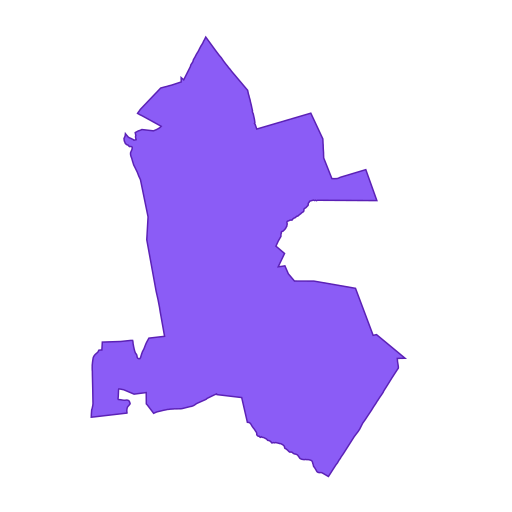 Ndaragwa, Central, Kenya, rotated 4°
{"feature_id": "3690345B3969033763932", "entity_name": "Ndaragwa", "entity_type": "district", "adm_level": 2, "iso_a3": "KEN", "parent_name": "Kenya", "parent_adm1": "Central", "projection": "mercator", "projection_center": [36.499, -0.079], "detail": "fine", "context": "isolated", "style": "filled", "palette": "violet", "viewbox_px": 512, "rotation_deg": 4, "n_neighbors": 0, "source": "geoboundaries", "source_scale": "gbopen_adm2", "svg_char_len": 6115}
<svg xmlns="http://www.w3.org/2000/svg" viewBox="0 0 512 512"><g transform="rotate(4 256 256)"><path d="M381.7,326.0L378.4,327.0L363.8,295.1L357.5,281.3L315.6,277.0L296.1,278.3L289.5,271.5L288.1,268.8L285.5,263.8L282.6,264.5L278.9,265.2L284.3,251.5L275.2,244.8L277.1,239.7L279.5,234.7L279.4,233.2L279.4,232.2L279.7,231.4L279.5,230.5L280.2,229.7L281.0,229.5L282.8,227.6L283.4,226.7L283.8,226.0L284.1,225.1L284.6,224.3L284.7,223.2L284.9,221.8L284.5,220.7L284.5,219.9L284.9,219.1L286.1,218.7L287.1,218.0L288.3,217.7L289.4,217.7L289.9,216.8L290.8,215.9L291.5,215.4L292.5,215.0L293.1,214.3L293.9,213.5L294.9,213.3L296.6,211.6L297.7,210.7L298.4,209.9L299.2,209.2L300.1,208.6L300.6,207.7L300.5,206.5L300.9,205.3L302.2,204.5L303.0,203.6L303.5,202.9L304.1,202.3L304.6,201.4L304.4,200.3L304.6,199.5L305.2,198.8L305.6,197.7L306.9,197.1L308.1,196.7L309.4,196.2L310.5,196.6L311.5,196.2L312.5,196.6L313.4,196.1L372.7,192.3L359.5,162.2L335.4,171.3L334.4,171.7L333.5,172.2L332.7,172.7L331.4,173.1L328.6,173.4L326.3,173.5L316.7,153.5L316.3,149.9L316.2,148.5L315.6,144.1L315.4,142.3L315.3,141.1L315.2,140.2L315.0,139.0L314.9,138.0L314.8,137.1L314.5,134.5L300.7,109.7L247.9,129.3L245.9,124.6L245.2,123.8L245.6,123.0L244.9,119.8L243.3,114.3L242.8,113.4L242.3,112.4L242.4,111.5L241.4,108.1L240.8,105.9L239.7,102.6L239.2,100.7L238.6,99.1L238.1,97.7L237.8,96.6L237.4,95.7L237.1,94.8L236.1,91.3L229.7,84.7L218.8,73.5L217.6,72.1L217.0,71.4L216.2,70.6L215.5,70.0L214.8,69.1L214.1,68.3L213.5,67.7L212.2,66.3L211.5,65.5L210.1,63.9L207.5,60.6L205.4,58.5L201.3,53.8L190.6,41.1L189.4,44.1L188.9,45.0L188.6,45.7L188.4,46.5L188.0,47.4L187.1,49.2L186.6,50.0L185.8,51.8L185.3,52.9L184.8,54.2L184.4,55.1L184.1,55.9L183.7,56.6L182.9,58.1L182.4,59.1L181.8,60.5L181.3,61.7L179.9,64.5L179.7,65.5L179.5,66.6L178.1,69.1L177.7,69.8L177.3,71.7L171.6,85.3L168.9,83.3L169.2,86.7L169.2,87.6L159.7,91.5L157.5,92.2L155.4,93.0L152.6,93.9L149.2,95.1L130.4,117.8L129.8,118.8L129.3,119.7L128.5,120.9L127.9,122.0L129.2,122.6L130.2,123.1L130.9,123.4L131.8,123.7L133.1,124.3L134.0,124.7L152.4,133.2L151.7,134.1L150.8,134.9L149.7,135.7L148.0,136.8L145.0,138.3L133.3,137.8L132.3,138.4L131.0,139.0L129.9,139.4L126.9,141.3L127.2,142.5L127.5,143.4L127.7,144.1L127.5,145.0L127.6,146.1L128.3,148.3L126.2,149.0L125.2,148.3L124.1,147.9L123.2,147.5L121.2,146.8L120.2,146.2L118.5,144.5L117.2,143.1L117.1,145.2L116.8,146.2L116.4,147.2L116.1,148.1L116.3,148.9L116.4,149.7L116.8,150.9L117.3,151.7L117.7,152.7L118.6,153.5L119.4,154.0L120.6,154.3L121.3,155.0L122.2,155.7L123.4,155.5L124.3,155.6L124.9,156.1L125.0,157.1L124.8,158.5L124.3,159.9L123.7,161.5L123.7,163.0L124.0,164.3L124.4,165.5L125.2,167.1L126.1,169.7L127.0,172.0L127.4,173.1L127.7,173.8L128.9,175.8L129.5,176.8L130.7,178.9L131.1,179.6L131.6,180.4L132.4,182.1L133.4,184.3L135.4,187.9L145.6,224.5L145.9,247.4L158.8,298.0L161.3,306.3L163.0,312.7L163.3,313.8L163.8,316.0L164.4,318.6L170.4,342.5L154.9,345.4L153.0,349.5L152.6,350.5L152.2,351.6L151.7,353.2L151.0,355.5L150.6,356.7L149.4,359.4L149.1,360.5L148.8,361.5L147.9,365.4L147.3,366.5L146.1,366.6L145.3,366.3L144.7,365.7L144.4,364.7L144.0,363.2L143.5,362.3L142.9,361.7L142.4,361.0L142.0,360.2L141.5,359.0L141.2,358.0L140.9,357.2L140.6,356.1L140.3,355.1L139.8,353.1L139.6,352.4L139.4,351.5L139.3,350.6L139.1,349.7L138.8,348.8L136.6,349.0L127.1,350.7L108.7,352.6L108.8,360.5L108.1,360.6L106.8,360.7L105.7,361.0L105.4,362.0L104.9,363.0L104.0,363.9L103.4,364.5L102.6,365.3L101.9,366.2L101.4,367.0L101.0,367.9L100.7,368.8L100.6,369.8L100.4,372.1L100.3,374.3L100.3,375.3L100.2,376.2L100.3,377.0L100.4,379.0L100.6,381.3L100.8,382.4L101.1,386.2L102.4,400.0L103.7,414.8L103.6,416.7L103.4,417.9L103.2,419.5L103.0,420.2L102.8,421.0L102.8,425.3L102.9,428.3L106.3,427.7L138.2,421.7L138.2,420.9L137.9,419.8L137.9,418.0L138.0,417.0L138.4,415.5L139.0,414.7L140.5,412.7L140.7,411.6L140.2,411.0L139.9,410.0L139.1,409.1L138.0,408.8L137.1,408.7L136.1,408.9L135.0,409.1L133.7,409.1L132.6,409.0L131.8,408.9L130.7,408.8L129.5,408.8L128.6,408.7L128.3,407.8L128.4,405.7L128.2,398.9L128.5,398.1L130.7,398.3L131.9,398.5L133.2,398.6L144.0,402.3L156.0,399.9L156.9,411.2L157.8,412.0L164.9,420.1L165.7,419.6L166.9,419.0L167.6,418.6L168.4,418.3L171.9,417.2L174.7,416.3L176.6,415.8L178.6,415.2L179.7,415.1L180.8,414.8L184.7,414.3L185.5,414.1L186.4,414.1L191.9,413.6L192.9,413.4L199.6,411.2L200.5,410.9L201.3,410.7L202.1,410.5L203.1,410.1L204.1,409.6L205.0,409.0L206.0,408.2L206.7,407.6L207.3,407.2L208.2,406.7L213.3,404.0L215.2,403.0L216.4,402.3L217.1,401.5L224.0,397.5L226.3,396.3L226.7,397.0L251.6,398.2L259.0,422.5L260.0,422.5L261.1,422.7L261.9,423.3L262.6,424.0L263.9,426.0L265.2,427.6L265.8,428.2L266.4,428.9L267.1,429.8L267.9,430.9L268.6,431.7L269.1,432.8L269.2,434.3L269.9,435.0L270.7,435.6L271.8,435.6L272.4,436.3L273.1,436.6L273.9,435.9L274.7,436.4L276.4,436.6L277.2,436.9L277.9,437.3L279.2,437.8L280.6,439.1L281.8,439.2L282.5,439.4L283.8,440.3L284.9,441.4L286.5,440.9L287.5,441.1L288.8,440.7L289.7,440.9L290.5,441.0L291.6,441.2L292.9,441.5L293.9,441.5L295.8,442.4L296.8,443.1L297.7,444.1L297.9,445.2L298.3,445.9L299.2,446.2L300.1,446.8L301.1,447.5L302.4,448.7L303.4,449.3L304.7,449.1L305.7,449.3L306.7,450.1L307.9,450.7L308.7,450.8L309.5,450.9L310.5,451.2L311.4,451.7L313.3,454.0L313.8,454.7L314.7,455.2L315.9,455.6L317.1,455.7L318.3,455.8L319.4,455.5L321.0,455.6L321.8,455.5L322.9,455.5L324.8,455.9L325.5,456.2L326.2,456.7L326.7,457.6L326.9,458.3L327.2,459.2L327.6,460.0L327.8,460.8L328.1,461.8L329.5,463.4L330.1,464.3L330.7,465.1L331.3,466.1L331.9,466.9L332.9,467.5L334.1,467.7L336.1,467.5L337.1,467.7L343.6,470.9L345.2,468.1L346.7,465.3L350.4,458.6L351.7,456.7L352.4,455.2L353.2,453.6L354.2,452.1L354.8,450.7L356.6,447.7L357.5,446.1L366.6,429.3L368.1,427.0L369.5,424.9L370.2,423.8L371.5,421.5L372.5,419.1L374.1,415.3L376.5,411.4L378.5,407.8L382.0,401.7L383.7,398.4L385.9,394.6L387.1,392.2L387.6,391.5L388.0,390.7L388.6,389.6L389.8,387.5L390.9,385.7L392.3,383.2L392.9,381.6L396.3,375.3L400.1,368.1L405.1,359.1L405.7,358.2L405.8,357.3L405.6,355.9L405.1,353.8L404.5,351.2L404.3,349.6L404.1,348.3L411.8,347.6L405.7,343.2L381.7,326.0Z" fill="#8b5cf6" stroke="#5b21b6" stroke-width="1.5"/></g></svg>